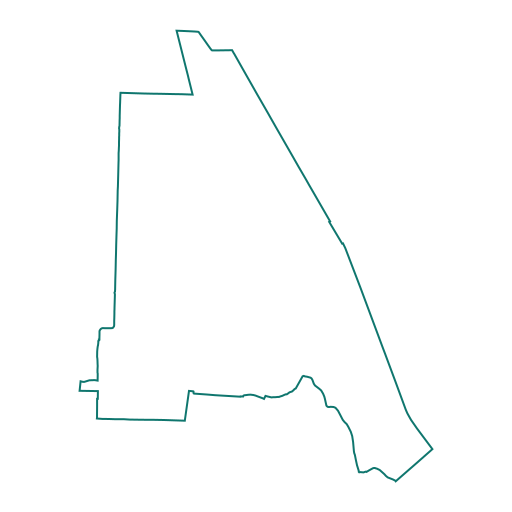 outline of Valea Ciorii, Ialomita, Romania
{"feature_id": "2599482B71161543581050", "entity_name": "Valea Ciorii", "entity_type": "district", "adm_level": 2, "iso_a3": "ROU", "parent_name": "Romania", "parent_adm1": "Ialomita", "projection": "orthographic", "projection_center": [27.536, 44.736], "detail": "fine", "context": "isolated", "style": "outline", "palette": "teal", "viewbox_px": 512, "rotation_deg": 0, "n_neighbors": 0, "source": "geoboundaries", "source_scale": "gbopen_adm2", "svg_char_len": 3771}
<svg xmlns="http://www.w3.org/2000/svg" viewBox="0 0 512 512"><path d="M295.8,388.4L302.6,376.3L303.8,375.9L304.9,376.4L307.0,376.7L310.6,377.7L311.6,378.5L312.5,380.1L313.8,383.7L315.0,385.5L319.3,388.8L321.2,390.5L323.1,393.7L324.3,396.6L324.9,398.8L326.4,405.6L326.8,406.1L327.6,406.8L328.6,407.0L329.4,407.0L330.7,406.8L333.6,407.0L335.5,407.8L338.0,410.7L340.1,414.7L341.8,418.0L342.8,419.9L344.6,422.1L346.7,424.1L348.3,426.8L350.8,431.8L352.2,436.1L353.1,442.0L353.9,451.2L354.2,453.0L354.9,455.0L355.9,460.1L357.0,465.2L358.7,470.7L358.8,471.9L359.2,472.3L360.4,472.1L363.5,472.4L365.5,471.7L366.0,471.6L366.5,471.9L367.7,471.2L369.0,470.4L373.0,468.2L373.9,468.0L374.9,468.0L375.6,468.3L376.8,468.6L379.7,470.0L384.4,474.2L385.8,475.8L387.7,477.4L390.0,478.3L392.8,479.4L395.2,480.6L395.7,481.3L409.2,469.5L414.5,464.9L431.2,450.2L432.4,449.1L417.0,428.5L411.1,420.0L409.4,417.0L408.4,415.2L407.4,413.4L406.6,411.6L406.5,411.4L405.7,409.5L395.1,380.7L385.6,355.2L385.5,354.9L382.4,346.7L360.7,288.4L345.4,248.4L344.9,247.3L344.4,246.3L343.0,243.4L342.2,243.7L329.2,221.9L330.1,221.4L313.5,192.6L309.1,185.0L306.0,179.5L298.6,166.8L291.3,154.0L276.5,128.2L270.3,117.3L268.8,114.6L257.3,94.6L245.9,74.5L242.5,68.5L234.2,53.8L233.9,53.4L232.1,50.2L224.3,50.3L217.6,50.4L214.1,50.4L212.1,50.4L211.6,50.1L211.3,49.7L210.4,48.6L207.9,45.1L204.8,40.7L201.1,35.5L198.8,32.2L198.5,31.9L198.0,31.8L197.1,31.7L194.4,31.5L190.5,31.3L184.0,31.0L176.6,30.7L185.7,66.9L188.0,75.9L188.6,78.5L192.6,94.6L181.6,94.2L174.8,94.1L165.1,93.9L160.6,93.8L152.6,93.7L143.5,93.5L124.1,92.9L120.5,92.8L120.4,94.5L120.1,103.0L120.0,105.1L119.7,115.9L119.7,118.1L119.6,120.7L119.5,125.8L119.4,126.2L119.2,126.9L119.2,127.3L119.1,127.9L119.1,128.3L119.1,128.7L119.3,129.4L119.3,130.2L119.3,131.8L119.2,133.2L119.2,135.7L119.1,137.0L119.1,139.0L119.0,142.1L119.0,145.8L118.9,147.4L118.8,150.2L118.7,151.8L118.6,152.9L118.6,154.8L118.6,160.0L118.5,162.9L118.2,175.4L117.9,186.7L117.7,190.3L117.5,200.9L117.2,210.1L116.8,220.9L116.7,228.8L116.5,234.6L116.2,244.6L116.1,249.3L116.0,253.9L115.8,260.2L115.7,265.6L115.6,270.0L115.3,279.8L115.1,290.0L115.0,290.9L115.0,291.6L114.7,292.1L114.5,292.6L114.5,292.9L114.6,293.2L114.8,293.7L114.9,294.7L114.5,308.2L114.5,309.0L114.4,311.2L114.4,313.7L114.3,318.1L114.2,320.9L114.2,324.7L114.1,325.8L114.0,326.3L113.7,326.7L113.4,327.2L112.9,327.8L112.2,328.1L110.9,328.2L108.9,328.2L107.3,328.2L105.0,328.2L102.8,328.1L102.2,328.2L101.5,328.5L101.0,328.8L100.5,329.3L100.1,329.9L99.7,330.5L99.5,331.4L99.5,334.1L99.4,338.4L99.4,339.5L98.9,339.5L98.9,340.5L98.5,340.7L98.3,341.0L98.3,342.9L98.0,345.4L97.8,346.0L97.6,347.3L97.4,349.0L97.2,351.4L97.1,356.9L97.3,358.1L97.4,359.1L97.5,361.1L97.6,364.4L97.7,365.9L97.5,369.7L97.5,372.6L97.7,373.6L97.7,375.9L97.6,380.6L94.7,380.1L89.4,380.3L84.2,381.9L83.1,381.9L80.6,381.3L79.6,390.8L97.9,391.1L97.8,398.8L97.1,398.8L97.1,400.7L97.1,405.7L97.0,417.8L96.9,418.5L102.0,418.9L109.2,419.0L115.2,419.2L123.8,419.2L130.0,419.6L131.4,419.6L137.9,419.7L147.1,419.8L147.9,419.8L152.8,419.8L163.8,420.0L184.8,420.7L189.0,390.9L193.2,391.3L193.5,391.5L193.5,392.9L193.7,393.4L194.1,393.6L206.8,394.5L215.2,395.2L240.4,396.7L240.5,396.4L243.1,396.5L243.4,395.7L243.7,395.5L244.7,395.2L246.0,395.1L248.1,394.8L249.6,394.7L250.9,394.7L252.3,394.9L253.4,395.0L254.5,395.3L255.6,395.6L257.1,396.2L262.8,398.3L264.0,398.9L265.5,395.9L267.7,396.5L271.5,397.4L273.1,397.2L275.1,397.2L278.3,396.9L278.9,397.0L280.1,396.5L282.4,395.8L284.5,394.8L285.8,394.3L286.8,394.3L287.7,393.7L288.4,393.2L289.1,392.6L289.5,392.4L289.8,392.2L291.2,391.8L291.4,391.7L291.8,391.5L292.0,391.5L292.3,391.3L292.6,391.0L293.7,390.0L294.1,389.6L294.4,389.2L294.9,388.9L295.7,388.4L295.8,388.4Z" fill="none" stroke="#0f766e" stroke-width="2"/></svg>